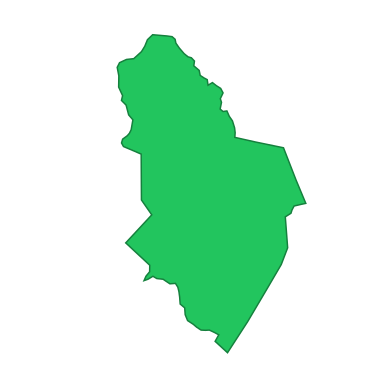 Cruzeta, Rio Grande do Norte, Brazil, rotated 19°
{"feature_id": "56859067B25758892564253", "entity_name": "Cruzeta", "entity_type": "district", "adm_level": 2, "iso_a3": "BRA", "parent_name": "Brazil", "parent_adm1": "Rio Grande do Norte", "projection": "mercator", "projection_center": [-36.841, -6.359], "detail": "fine", "context": "isolated", "style": "filled", "palette": "green", "viewbox_px": 384, "rotation_deg": 19, "n_neighbors": 0, "source": "geoboundaries", "source_scale": "gbopen_adm2", "svg_char_len": 1271}
<svg xmlns="http://www.w3.org/2000/svg" viewBox="0 0 384 384"><g transform="rotate(19 192 192)"><path d="M286.3,146.6L264.1,120.4L235.4,124.1L214.7,126.4L213.5,121.9L211.4,117.5L207.1,111.6L202.6,108.3L198.6,104.0L195.1,105.8L191.6,104.4L190.7,97.6L188.4,94.6L189.1,88.2L185.4,84.7L180.3,83.5L175.7,81.9L172.4,85.8L169.8,80.8L166.0,80.2L161.8,79.1L159.2,74.7L152.6,72.1L151.7,67.4L147.7,65.3L144.2,65.5L139.4,63.7L133.1,60.0L128.3,56.5L126.3,53.1L122.6,51.6L117.6,52.6L103.6,56.1L100.3,62.5L99.9,69.6L98.5,75.8L93.5,84.9L86.9,88.0L81.4,93.3L80.7,98.5L85.0,106.0L88.5,116.7L95.0,123.5L95.5,128.4L101.4,131.3L107.0,139.7L112.6,143.0L114.2,152.9L113.7,156.9L112.4,160.0L109.2,164.6L109.4,168.6L112.4,171.3L131.6,172.7L146.8,216.0L161.4,226.7L145.9,261.7L175.9,275.0L177.9,281.2L175.9,286.6L175.5,291.4L178.8,288.8L182.5,284.4L186.9,285.3L193.1,283.9L196.4,284.8L201.0,286.0L206.1,283.8L209.6,286.6L212.1,290.5L214.5,295.3L217.3,301.8L222.8,303.9L225.5,310.2L229.7,315.0L236.0,316.6L240.7,318.4L245.5,319.6L249.7,318.4L253.4,316.9L258.1,317.4L263.8,318.3L262.5,325.7L277.9,332.4L286.8,296.6L294.9,257.0L300.0,231.5L300.6,213.6L288.3,185.1L292.5,179.9L292.4,176.4L293.1,172.0L299.3,168.1L303.3,165.7L286.3,146.6Z" fill="#22c55e" stroke="#15803d" stroke-width="1.5"/></g></svg>